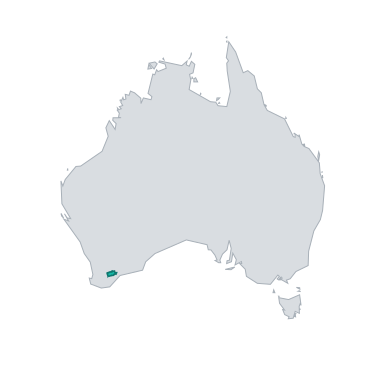 Kent, Western Australia, Australia (highlighted), rotated 348°
{"feature_id": "25037944B61750008694929", "entity_name": "Kent", "entity_type": "district", "adm_level": 2, "iso_a3": "AUS", "parent_name": "Australia", "parent_adm1": "Western Australia", "projection": "equal_earth", "projection_center": [118.452, -33.539], "detail": "fine", "context": "in_parent", "style": "filled", "palette": "teal", "viewbox_px": 384, "rotation_deg": 348, "n_neighbors": 0, "source": "geoboundaries", "source_scale": "gbopen_adm2", "svg_char_len": 4988}
<svg xmlns="http://www.w3.org/2000/svg" viewBox="0 0 384 384"><g transform="rotate(348 192 192)"><path d="M263.8,64.1L266.9,86.0L271.8,84.9L277.0,91.4L277.4,104.7L280.4,109.3L280.6,121.6L282.6,127.9L297.7,139.7L302.6,158.9L304.3,159.9L304.9,156.5L308.1,159.9L308.7,158.2L309.4,167.9L311.2,170.8L315.4,173.8L322.6,190.0L321.2,200.7L323.0,213.5L315.9,237.2L311.8,245.7L303.1,255.4L293.8,274.1L290.3,288.1L277.1,291.4L270.0,297.3L266.1,297.8L266.7,301.2L261.2,296.3L262.2,295.1L262.0,293.9L260.9,293.9L258.5,296.0L257.2,294.7L259.9,292.7L258.7,291.1L249.5,298.6L236.9,294.9L227.7,285.8L228.0,278.6L223.8,272.0L225.8,272.3L225.9,270.3L218.9,272.3L221.3,267.4L219.2,260.3L216.1,268.4L211.0,269.2L212.0,266.5L214.4,266.5L218.6,255.4L218.3,246.9L214.2,255.8L208.9,259.1L205.1,264.4L205.4,267.1L203.4,266.7L200.3,263.8L202.4,263.7L201.3,258.5L198.5,252.6L195.9,251.9L195.8,246.7L176.5,237.7L143.0,244.5L132.2,250.6L127.4,258.2L104.3,258.7L91.8,267.7L83.3,267.1L73.8,261.0L73.6,254.8L75.9,255.9L77.9,252.1L77.9,239.4L73.8,229.8L72.2,217.6L61.0,191.9L65.3,194.7L62.7,186.8L64.5,191.4L67.8,192.8L62.3,176.5L66.1,153.9L66.9,159.3L70.6,153.4L83.8,142.9L88.5,143.5L112.5,133.5L121.6,120.1L121.1,111.3L125.9,105.0L129.8,114.8L132.0,109.3L129.4,105.4L130.2,103.0L138.1,104.6L135.6,103.7L137.3,99.8L135.9,96.4L140.1,95.9L138.7,93.4L142.2,93.0L141.0,89.3L144.1,85.1L144.3,87.6L146.7,87.3L147.0,82.6L150.5,84.3L152.8,80.5L156.5,83.1L161.4,89.6L160.5,94.9L164.0,89.9L171.1,93.2L172.6,90.4L169.5,86.4L178.2,68.5L179.9,69.6L182.8,65.1L183.8,67.1L192.5,65.6L192.3,61.3L186.6,58.1L187.5,57.0L208.3,66.3L214.4,62.9L212.8,66.4L215.4,68.4L218.6,64.1L221.3,67.7L217.8,75.7L214.1,76.4L214.1,82.2L210.5,91.2L228.8,107.5L233.9,109.1L235.4,113.0L243.8,115.7L250.4,101.6L251.6,81.0L252.8,73.2L255.0,71.3L253.5,67.7L259.2,52.7L263.8,64.1ZM254.9,313.4L264.1,317.3L275.9,314.9L275.1,325.6L274.6,323.7L273.1,326.0L271.8,333.0L268.1,330.2L264.7,336.5L259.8,336.0L261.0,334.2L257.2,331.2L256.2,325.8L258.0,326.7L254.5,319.1L254.9,313.4ZM176.8,57.1L182.8,57.1L184.6,59.4L180.5,63.8L176.8,57.1ZM208.4,274.6L218.3,274.3L214.0,276.1L208.4,274.6ZM219.3,81.0L220.4,85.5L216.7,84.7L217.4,81.6L219.3,81.0ZM322.2,188.1L322.5,183.2L324.3,179.1L324.6,182.1L322.2,188.1ZM274.3,307.0L277.4,308.0L277.3,309.5L274.3,307.0ZM176.2,58.4L178.2,62.8L174.4,62.6L176.2,58.4ZM252.1,307.7L250.3,307.3L251.6,304.7L252.1,307.7ZM238.7,105.7L236.9,107.0L235.0,107.7L236.0,105.2L238.7,105.7ZM61.0,190.8L59.5,188.4L59.4,186.2L59.6,186.1L61.0,190.8ZM276.4,310.9L277.5,312.0L275.2,311.1L276.4,310.9ZM310.6,168.5L312.0,168.5L311.8,170.7L310.6,168.5ZM281.0,121.4L282.6,122.7L282.3,123.5L281.0,121.4ZM267.5,334.0L267.4,335.7L266.2,335.1L267.5,334.0ZM323.1,202.5L322.9,205.2L322.7,205.2L323.1,202.5ZM192.1,56.9L191.1,55.7L191.8,55.1L192.1,56.9ZM220.1,57.1L218.6,59.4L220.4,55.5L220.1,57.1ZM323.6,199.4L322.9,200.2L323.4,199.3L323.6,199.4ZM221.2,97.9L220.4,98.4L220.9,97.3L221.2,97.9ZM216.4,80.9L215.3,81.1L216.0,79.7L216.4,80.9ZM75.3,143.1L75.1,144.8L74.6,144.7L75.3,143.1ZM257.5,51.6L257.4,53.2L257.0,52.0L257.5,51.6ZM260.8,294.5L260.9,295.3L260.6,295.1L260.8,294.5ZM218.2,60.0L216.2,61.6L218.3,59.6L218.2,60.0ZM141.2,87.1L140.4,88.2L140.9,87.0L141.2,87.1ZM268.4,332.7L267.7,333.0L268.1,332.4L268.4,332.7ZM237.6,110.9L236.5,110.9L237.2,110.0L237.6,110.9ZM137.1,95.2L136.5,95.7L136.5,94.3L137.1,95.2ZM273.5,329.1L272.6,329.6L273.0,328.6L273.5,329.1ZM258.3,47.5L258.1,48.5L257.5,48.0L258.3,47.5ZM260.2,295.6L260.9,296.4L259.6,296.2L260.2,295.6ZM299.6,139.6L298.9,139.6L299.3,138.5L299.6,139.6ZM304.3,156.3L303.9,156.3L304.2,155.4L304.3,156.3ZM255.5,312.1L255.2,312.8L255.0,311.9L255.5,312.1Z" fill="#d9dde1" stroke="#a8b0b8" stroke-width="1"/><path d="M92.0,254.4L92.0,254.6L92.2,254.9L92.2,255.2L92.2,255.4L92.2,255.5L92.3,255.5L92.3,255.8L92.3,256.1L92.3,256.3L92.3,256.5L92.3,256.8L92.3,257.0L92.4,256.9L92.5,256.9L92.5,257.0L92.8,257.0L93.0,257.0L93.3,257.0L93.5,257.0L93.8,257.2L94.1,257.2L94.3,257.0L94.5,257.0L94.9,257.0L95.3,257.0L95.6,257.1L95.8,257.1L95.9,256.9L96.0,257.0L96.3,257.0L96.6,257.0L97.0,257.0L97.3,257.2L97.5,257.2L97.8,257.1L98.1,257.0L98.3,257.0L98.4,256.8L98.4,256.4L98.8,256.4L99.0,256.4L99.3,256.4L99.8,256.4L100.1,256.4L100.2,256.2L100.2,255.8L100.3,255.9L100.5,255.9L100.6,256.0L100.6,255.9L100.6,255.7L100.5,255.4L100.8,255.4L101.0,255.5L101.3,255.6L101.5,255.4L101.6,255.2L100.5,255.0L99.8,255.0L99.8,254.9L99.8,254.7L99.8,254.2L99.8,253.9L99.8,253.4L99.8,253.2L99.7,253.2L99.3,253.1L99.2,253.1L98.9,253.2L98.6,253.1L98.4,253.1L98.2,252.9L98.1,253.0L97.7,253.3L97.4,252.8L97.1,253.1L96.9,253.3L96.8,253.1L96.6,252.9L96.4,253.0L96.4,253.3L96.2,253.3L95.9,253.4L95.7,253.4L95.5,253.2L95.3,253.2L95.2,253.2L95.2,253.3L94.8,253.3L94.8,253.1L94.7,253.1L94.3,253.2L94.3,253.3L94.1,253.3L94.1,253.5L93.9,253.6L93.7,253.5L93.4,253.5L93.2,253.6L92.9,253.6L92.9,253.4L92.7,253.4L92.7,253.5L92.4,253.6L92.5,253.7L92.4,253.7L92.4,253.8L92.2,253.9L92.2,254.0L92.2,254.3L92.0,254.4Z" fill="#14b8a6" stroke="#0f766e" stroke-width="1.5"/></g></svg>